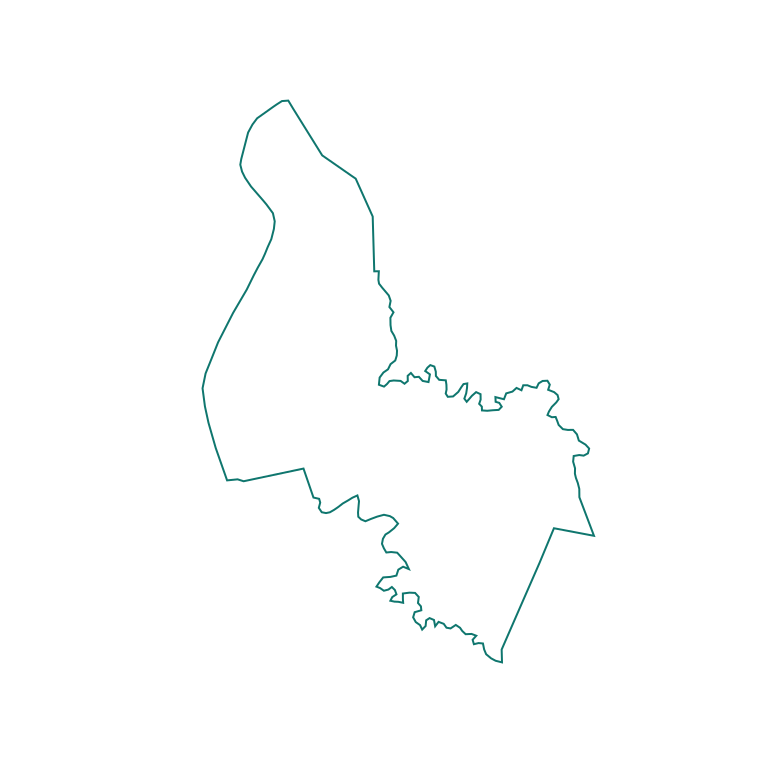 Gararu, Sergipe, Brazil, rotated 254°
{"feature_id": "56859067B88442683990639", "entity_name": "Gararu", "entity_type": "district", "adm_level": 2, "iso_a3": "BRA", "parent_name": "Brazil", "parent_adm1": "Sergipe", "projection": "mercator", "projection_center": [-37.235, -10.035], "detail": "fine", "context": "isolated", "style": "outline", "palette": "teal", "viewbox_px": 768, "rotation_deg": 254, "n_neighbors": 0, "source": "geoboundaries", "source_scale": "gbopen_adm2", "svg_char_len": 3221}
<svg xmlns="http://www.w3.org/2000/svg" viewBox="0 0 768 768"><g transform="rotate(254 384 384)"><path d="M334.6,206.6L332.7,217.0L329.2,222.3L324.9,283.3L294.3,284.9L291.5,290.0L287.6,290.0L282.9,287.2L277.9,288.8L275.9,292.7L275.6,296.6L276.8,301.4L278.3,305.9L280.5,311.4L282.0,317.4L283.4,322.3L284.2,327.7L278.3,327.7L272.6,325.5L267.6,323.6L263.5,322.7L260.1,324.7L257.2,328.3L257.9,334.4L258.4,340.9L258.3,347.9L255.4,353.2L252.6,355.9L245.9,359.0L242.6,354.0L240.0,347.8L238.9,343.9L235.5,340.3L230.9,338.0L226.1,338.6L221.4,339.8L220.5,344.6L218.2,350.2L206.9,355.7L199.2,356.9L203.1,352.0L201.6,346.6L196.4,343.1L196.8,337.0L198.3,329.9L194.6,324.8L191.3,320.9L188.9,324.0L185.3,326.9L185.2,331.6L186.7,335.6L182.9,337.7L178.4,338.0L176.9,333.2L173.9,330.4L171.9,334.1L170.7,337.7L168.4,342.1L172.1,342.9L177.4,344.4L176.4,351.0L174.6,356.3L169.7,358.7L164.1,356.3L160.1,358.2L156.2,357.5L156.2,350.6L151.7,347.7L146.4,348.9L142.3,352.2L137.4,353.0L139.9,357.3L145.2,359.4L146.4,363.3L143.4,367.0L137.0,366.4L140.3,370.9L137.0,375.3L132.5,376.9L130.7,380.6L132.6,386.6L128.7,389.9L125.1,391.1L121.0,393.5L119.6,399.3L116.6,403.3L113.7,398.7L109.1,398.7L108.9,403.5L107.3,407.6L101.3,407.1L96.1,407.7L90.8,411.3L87.2,415.0L83.9,420.7L96.3,423.9L132.6,453.9L169.3,484.3L198.5,507.6L180.2,544.0L221.3,540.6L229.3,542.8L235.4,543.0L240.8,542.6L245.2,542.8L250.3,544.4L257.2,544.4L262.5,546.5L261.9,552.1L260.1,556.2L261.1,560.9L265.4,563.4L270.2,561.0L275.9,555.7L282.4,555.6L287.8,553.1L289.2,548.0L291.3,543.5L296.5,540.6L301.0,540.3L305.0,539.9L305.8,536.2L309.1,532.6L312.1,535.0L315.8,539.1L318.8,544.5L321.3,547.7L325.5,547.8L329.3,545.3L333.2,540.2L337.7,543.2L342.1,542.0L343.2,537.3L342.0,532.9L338.3,529.6L340.6,524.9L343.2,521.6L344.4,517.5L340.1,514.4L343.7,510.3L341.3,505.4L341.3,498.9L336.3,495.1L340.7,487.5L336.1,486.4L334.1,489.6L329.7,490.9L327.5,487.1L328.8,481.3L329.8,475.9L331.6,470.9L335.3,471.8L338.7,470.0L342.4,472.6L347.6,474.0L350.8,470.3L348.4,465.2L346.2,461.9L344.1,458.6L347.8,457.2L352.3,460.4L357.3,462.7L361.6,464.2L362.0,460.4L359.6,457.4L355.9,453.2L353.0,447.0L354.1,441.8L357.8,440.7L361.4,442.6L366.1,443.8L370.5,444.4L372.8,438.2L377.4,436.1L381.6,437.2L386.9,437.2L389.4,433.7L387.7,430.2L385.1,427.2L380.6,430.8L373.6,427.3L376.3,422.0L381.3,419.5L382.1,415.2L387.2,412.9L385.3,409.0L380.3,407.7L378.6,403.8L382.4,400.8L384.7,394.3L385.3,390.1L383.1,386.8L381.5,383.3L384.7,378.9L391.4,381.6L395.2,386.6L397.0,391.9L401.3,395.8L403.5,401.3L407.8,404.1L412.4,405.7L417.5,406.1L422.1,407.6L427.7,407.1L433.0,405.7L438.8,406.5L445.9,408.4L450.3,412.9L456.5,410.4L462.1,413.3L467.8,413.0L477.1,408.8L481.8,406.9L485.6,407.3L493.8,410.1L495.0,405.7L548.1,419.3L589.2,413.4L593.3,410.0L620.8,387.6L673.5,372.6L682.8,370.1L684.1,363.9L682.3,357.9L681.0,354.0L674.4,335.3L669.7,329.1L663.2,322.7L639.6,308.8L634.4,306.3L627.3,306.1L620.6,307.3L610.5,310.6L593.3,318.6L589.0,320.5L578.8,324.3L570.5,323.8L563.4,320.9L554.3,315.6L547.5,309.8L542.0,305.5L537.4,301.6L530.7,294.8L524.3,288.7L512.6,278.1L493.9,258.5L469.8,236.0L455.6,225.0L443.3,215.4L429.9,208.4L411.9,205.7L395.1,204.6L375.0,204.6L368.9,204.6L334.6,206.6Z" fill="none" stroke="#0f766e" stroke-width="2"/></g></svg>